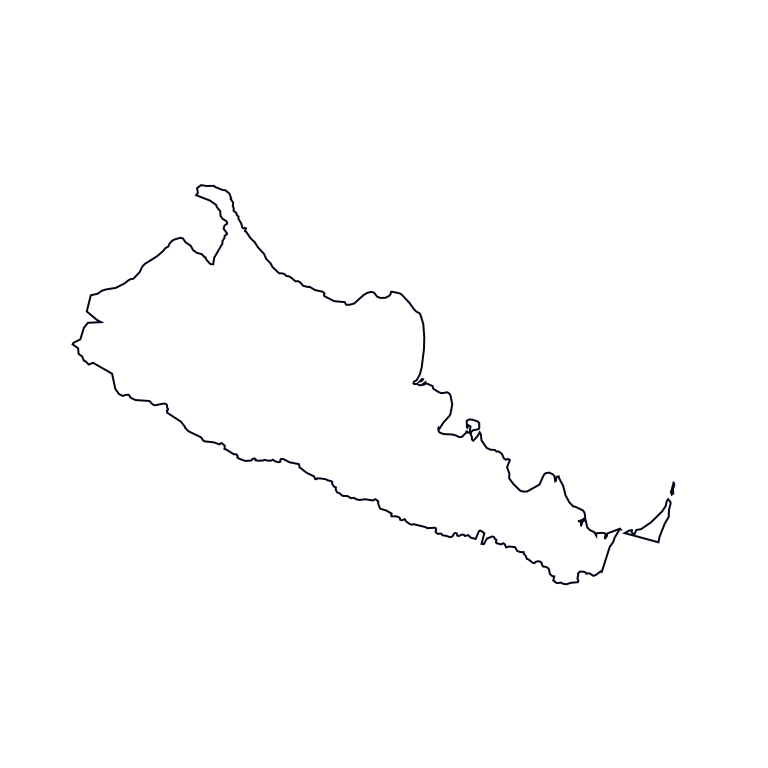 an SVG outline of Argentina, rotated 286°
{"feature_id": "ARG", "entity_name": "Argentina", "entity_type": "country or territory", "adm_level": 0, "iso_a3": "ARG", "parent_name": "South America", "parent_adm1": "", "projection": "equal_earth", "projection_center": [-65.46, -38.417], "detail": "fine", "context": "isolated", "style": "outline", "palette": "ink", "viewbox_px": 768, "rotation_deg": 286, "n_neighbors": 0, "source": "natural_earth", "source_scale": "50m", "svg_char_len": 6137}
<svg xmlns="http://www.w3.org/2000/svg" viewBox="0 0 768 768"><g transform="rotate(286 384 384)"><path d="M465.7,244.6L461.5,252.7L462.2,255.1L462.3,258.0L460.9,260.3L461.3,262.9L460.9,264.7L458.3,270.7L459.2,273.1L458.3,276.1L456.1,279.2L456.3,284.3L456.9,285.6L455.3,291.8L455.8,299.6L454.6,301.9L452.7,301.8L452.0,302.5L449.9,313.4L451.9,323.7L449.8,325.7L450.6,328.9L453.2,333.2L463.8,339.8L467.2,343.0L469.0,346.4L469.1,349.2L466.1,353.3L465.7,356.8L467.2,361.5L469.8,364.4L471.8,365.5L474.5,365.4L474.9,366.2L475.4,372.8L475.3,375.0L474.4,377.1L468.8,386.4L464.2,392.1L462.5,395.2L461.8,398.6L460.3,400.2L452.5,405.2L440.5,409.7L428.6,412.8L410.2,415.7L403.2,415.8L399.7,415.1L396.6,414.3L394.8,412.3L392.8,412.1L392.2,413.1L393.2,415.6L392.6,418.7L393.2,420.4L396.6,422.9L394.8,423.0L396.3,424.5L395.4,431.3L393.1,432.6L391.4,438.2L391.0,441.2L391.5,443.1L393.5,447.1L392.7,449.7L391.3,451.1L383.3,455.2L374.0,456.1L371.8,455.9L363.2,451.7L356.6,449.7L357.3,448.6L356.4,448.3L353.6,449.6L352.7,450.9L352.3,455.1L354.3,463.6L354.4,466.9L353.7,471.0L354.7,473.5L359.8,476.4L361.0,476.2L361.3,476.5L360.4,478.1L360.5,479.2L362.6,479.5L367.1,478.8L367.6,476.5L364.9,476.2L365.3,475.6L371.4,473.7L372.9,475.0L373.7,476.8L374.1,479.0L373.8,484.3L372.7,486.3L367.9,487.7L366.6,487.3L363.9,482.1L361.6,481.0L359.4,481.3L357.1,483.2L354.9,483.8L354.1,485.5L359.6,488.2L363.9,489.3L362.4,490.9L356.7,493.3L350.9,500.2L350.2,504.1L351.1,508.8L350.1,510.8L350.7,513.0L349.4,516.5L345.5,519.8L344.8,522.2L346.1,523.6L345.6,526.0L338.0,525.2L332.6,529.1L327.7,530.4L323.4,536.1L318.9,544.5L319.1,548.3L320.2,551.3L330.2,561.2L340.8,562.7L342.7,563.8L344.3,567.1L343.8,571.0L342.3,573.3L337.7,575.4L338.5,576.0L341.7,575.4L342.6,575.9L343.3,577.4L342.0,578.0L335.5,584.3L327.0,589.2L321.3,594.8L318.4,599.8L318.8,601.4L317.3,610.1L315.6,612.2L311.1,614.3L308.0,612.1L305.5,608.3L306.0,610.2L305.7,611.4L301.5,612.6L306.6,612.7L308.9,615.2L302.2,618.9L300.3,622.3L299.5,627.0L296.9,629.7L299.0,629.1L300.9,634.3L301.4,636.6L301.1,638.3L295.8,638.9L299.5,640.2L301.4,639.8L302.3,640.4L310.0,650.8L309.4,651.6L309.1,650.5L299.4,648.0L295.7,648.0L289.5,645.9L263.3,645.1L263.5,643.8L259.3,640.7L257.3,638.2L258.5,634.2L258.5,632.9L257.4,630.8L258.3,629.8L258.6,627.7L257.6,623.9L255.3,622.7L253.9,623.4L250.6,623.5L247.9,625.2L246.9,624.9L244.5,618.6L241.8,614.6L241.3,611.0L241.9,609.0L240.4,605.5L240.5,603.5L241.4,602.3L241.7,600.9L246.0,600.7L245.7,598.8L247.1,595.8L251.1,593.8L252.5,592.0L252.8,589.8L252.4,587.4L253.8,585.6L255.7,584.7L256.4,582.4L255.8,580.3L254.7,578.7L253.3,578.0L253.1,576.3L255.3,571.0L255.2,569.7L258.3,567.1L259.1,565.3L260.9,564.6L260.0,561.4L260.2,558.1L263.3,555.0L262.3,549.2L260.6,546.4L263.2,544.3L263.8,542.7L262.1,540.7L262.0,536.1L262.7,535.3L265.3,534.9L265.5,533.6L267.3,531.7L267.2,529.9L263.7,525.5L257.6,524.1L257.2,521.8L268.2,521.6L269.5,518.0L269.6,516.8L268.7,515.8L260.3,514.8L260.2,509.8L261.9,506.7L260.2,503.5L261.0,502.6L260.8,500.5L258.5,497.8L258.5,496.1L260.4,495.2L260.5,494.1L260.1,492.9L256.2,491.7L254.9,489.7L255.2,485.8L254.7,482.1L255.9,480.2L254.8,477.0L255.0,476.2L256.0,474.3L258.4,474.3L259.7,473.4L259.8,472.4L257.3,465.2L257.9,463.5L257.4,451.2L256.4,449.3L256.5,447.4L258.1,442.8L259.5,441.7L259.6,440.8L258.1,439.1L257.8,437.9L258.0,436.9L259.4,436.3L260.0,435.0L260.2,432.5L258.9,427.8L259.8,427.0L261.5,427.1L263.0,421.2L263.1,414.6L267.5,411.3L269.4,410.9L270.7,408.4L270.8,407.2L269.0,405.4L268.0,397.7L265.8,392.4L265.5,389.9L266.2,386.4L265.1,383.6L266.2,380.1L265.1,374.9L266.8,371.1L266.9,368.8L269.0,366.8L271.3,366.3L271.6,364.2L273.9,361.5L275.4,361.3L276.1,359.9L275.9,356.4L276.4,354.3L275.8,349.5L274.9,345.7L274.0,345.4L273.6,344.2L275.9,342.2L277.3,334.2L280.6,325.8L283.5,324.3L282.7,314.7L284.1,308.2L283.7,305.9L282.6,305.3L280.7,305.7L279.8,304.3L279.6,300.9L280.6,298.1L279.2,296.6L278.2,293.0L278.2,290.0L277.3,289.2L275.5,284.1L275.3,281.5L276.3,281.3L276.8,279.8L275.6,278.3L273.9,277.5L271.8,272.1L272.1,267.1L272.6,263.8L273.3,263.1L274.5,263.2L275.7,261.3L275.1,258.9L277.7,249.7L277.5,248.6L280.7,248.0L282.4,244.4L282.1,243.3L280.6,242.5L281.0,236.3L279.4,227.4L279.8,225.9L282.3,222.9L284.7,209.0L287.2,204.7L287.9,204.6L291.8,199.2L296.6,183.6L298.7,182.6L299.6,183.4L300.5,183.3L301.3,182.2L304.2,181.0L304.6,179.9L304.6,177.9L300.4,169.7L300.6,167.2L303.0,163.2L300.1,149.6L300.9,144.5L303.3,141.5L302.0,138.1L300.5,136.3L301.3,132.0L305.2,127.1L318.9,119.8L324.2,98.5L321.3,94.8L323.4,91.2L323.7,89.2L327.3,86.2L328.7,82.2L334.0,80.1L336.3,73.7L338.2,74.3L343.2,79.8L355.3,80.0L361.2,82.5L365.5,94.9L366.5,90.3L371.8,78.3L388.5,77.7L391.8,83.8L395.7,86.9L398.1,90.4L402.5,99.7L408.9,106.6L413.5,110.0L415.3,112.0L416.1,114.1L424.2,118.3L430.2,119.3L433.5,121.0L444.2,130.6L451.2,135.2L454.3,136.4L456.7,138.8L460.2,139.2L462.8,140.6L464.9,142.4L467.5,146.4L468.4,147.9L468.5,150.6L465.7,153.9L463.5,160.2L460.0,163.7L458.5,167.8L458.6,172.9L456.3,176.9L456.5,177.5L454.7,178.8L451.9,183.1L451.5,184.4L452.0,186.8L458.7,186.0L474.6,190.0L476.7,189.3L480.6,190.4L482.3,189.9L484.8,191.7L485.8,191.3L489.0,187.0L492.3,187.0L494.7,188.9L495.8,188.8L497.1,187.7L498.2,183.5L500.4,180.6L504.9,179.0L508.1,174.4L509.8,173.4L512.3,166.4L513.7,151.4L516.3,152.4L520.7,150.3L524.7,153.3L525.5,159.2L527.6,165.9L526.9,167.2L526.0,175.3L526.5,178.0L524.5,182.9L520.2,186.0L519.5,185.6L516.8,189.0L513.4,189.6L511.6,191.1L509.1,191.6L507.8,194.8L505.8,196.0L504.8,198.0L502.6,198.6L499.0,202.5L495.2,204.8L494.8,205.8L495.6,206.8L495.6,208.4L492.6,208.2L492.3,209.6L487.3,215.6L484.6,220.8L480.8,224.9L476.0,232.8L471.6,236.5L468.8,241.6L465.7,244.6ZM307.5,691.5L307.0,656.4L310.9,660.4L312.2,663.3L311.0,662.3L309.8,662.9L308.6,664.9L309.1,666.2L313.3,666.9L315.3,671.1L324.6,678.8L338.2,686.5L344.4,688.4L349.2,688.1L351.6,688.8L349.5,691.9L347.9,692.5L341.8,692.6L334.7,694.3L326.9,692.3L313.0,691.0L307.5,691.5ZM359.6,689.4L361.0,689.8L368.9,689.5L368.7,690.2L366.9,690.9L362.5,690.7L358.5,692.3L357.0,691.1L359.6,689.4ZM399.2,419.1L399.3,420.2L398.6,420.1L396.9,419.0L396.1,417.5L399.2,419.1Z" fill="none" stroke="#020617" stroke-width="2"/></g></svg>